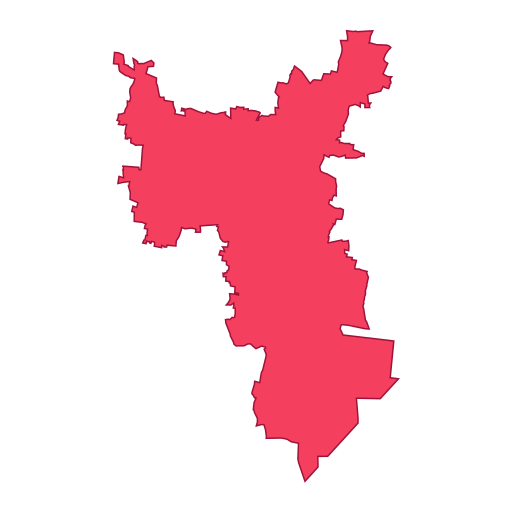 Valladolid, Yucatán, Mexico
{"feature_id": "50627088B16380638770573", "entity_name": "Valladolid", "entity_type": "district", "adm_level": 2, "iso_a3": "MEX", "parent_name": "Mexico", "parent_adm1": "Yucatán", "projection": "robinson", "projection_center": [-88.128, 20.615], "detail": "fine", "context": "isolated", "style": "filled", "palette": "rose", "viewbox_px": 512, "rotation_deg": 0, "n_neighbors": 0, "source": "geoboundaries", "source_scale": "gbopen_adm2", "svg_char_len": 6016}
<svg xmlns="http://www.w3.org/2000/svg" viewBox="0 0 512 512"><path d="M380.2,398.7L398.5,378.8L390.2,377.7L393.8,341.0L343.1,335.0L340.1,328.8L341.2,324.8L342.1,324.7L348.0,325.2L364.9,328.7L369.2,329.0L366.7,322.0L365.4,319.9L363.6,308.5L362.9,306.7L363.8,303.4L363.6,301.3L364.3,299.7L364.5,296.9L365.5,294.2L365.4,290.7L366.8,286.0L366.8,284.3L368.4,277.4L366.6,272.9L367.2,271.5L360.8,269.8L359.7,269.1L355.0,268.9L354.8,267.2L356.4,260.4L351.9,259.7L352.3,257.5L346.4,256.8L347.2,254.2L344.7,253.4L344.6,249.6L348.7,250.7L348.9,245.5L348.2,240.5L345.8,241.2L342.4,241.3L341.9,240.0L328.1,242.9L327.9,241.6L328.5,240.7L328.9,238.2L328.4,237.9L329.0,236.9L328.3,236.7L328.6,234.9L329.9,232.0L329.4,231.3L331.3,228.9L333.1,225.7L333.7,224.6L333.4,224.0L334.8,224.5L336.3,219.1L341.7,219.3L343.0,214.6L343.4,209.8L340.1,208.2L338.4,208.6L334.7,207.9L328.6,203.8L329.7,199.8L331.9,200.5L332.4,198.0L333.9,195.2L336.3,195.9L336.1,189.3L336.6,186.1L335.6,181.4L335.6,178.8L327.3,174.0L323.8,172.9L320.6,171.2L319.7,166.7L323.7,158.6L324.0,154.9L328.9,157.3L329.9,155.3L333.8,155.2L338.6,157.0L341.3,156.5L345.2,155.1L345.6,158.1L356.5,157.9L362.5,155.5L364.2,156.3L364.2,153.4L361.5,153.3L358.2,151.3L353.1,149.6L353.7,144.7L350.4,144.6L349.8,143.5L344.1,143.5L341.2,142.5L339.6,142.8L339.6,140.1L336.3,139.7L338.0,137.9L340.8,136.8L340.6,133.0L340.9,130.9L343.8,130.8L344.0,126.5L343.4,126.3L343.5,125.2L345.6,121.8L348.1,115.0L348.4,114.0L348.2,109.8L349.2,106.2L355.2,104.4L358.7,105.8L360.2,107.0L360.3,102.6L364.9,104.0L364.9,107.6L369.7,107.6L369.4,104.9L370.8,103.0L368.3,103.1L367.8,96.4L367.3,95.2L370.2,93.5L372.1,93.4L380.7,91.1L383.2,86.4L385.0,87.6L388.6,88.6L389.7,85.9L389.3,85.6L390.2,83.6L390.7,83.5L391.0,81.9L390.1,80.7L390.5,80.2L390.0,78.9L391.7,76.8L387.7,76.6L383.0,74.0L387.8,63.3L385.1,61.8L383.6,59.2L385.5,54.3L388.7,49.6L389.9,48.7L390.8,47.4L388.5,45.6L386.4,45.1L376.5,44.7L370.3,42.9L369.0,43.0L369.8,40.9L370.3,36.3L372.8,30.8L357.1,31.7L356.3,31.2L352.8,31.5L346.6,30.7L347.6,37.0L347.5,40.6L340.5,40.5L342.1,47.8L342.0,51.3L340.6,56.4L338.3,61.9L338.7,64.4L337.2,72.3L331.4,70.9L330.4,74.1L323.8,73.7L321.4,80.4L314.1,79.8L313.1,80.2L310.1,83.5L301.6,71.4L294.5,66.0L293.3,69.6L291.8,71.0L291.4,74.1L290.6,73.8L289.9,75.1L290.0,77.5L288.4,82.8L286.5,83.9L282.8,82.8L280.9,82.9L278.0,82.2L275.1,92.2L279.1,96.9L278.6,97.0L277.8,102.8L278.5,108.1L275.2,107.4L275.2,111.2L275.7,114.6L270.7,114.5L268.3,116.3L263.7,116.0L261.9,115.4L260.3,116.6L258.9,116.7L258.5,120.2L257.4,120.4L256.3,120.2L260.2,112.9L259.5,112.2L255.4,110.9L251.1,110.4L248.2,110.7L248.2,108.8L243.7,109.2L243.8,107.3L239.9,107.4L236.8,106.5L235.8,108.9L230.6,108.1L230.8,118.4L225.4,114.7L225.7,112.0L224.3,112.1L224.2,112.6L221.5,112.6L216.2,114.3L211.1,113.2L206.8,111.3L205.2,113.3L203.7,113.4L198.5,111.7L190.8,108.4L188.0,108.6L185.8,109.3L181.7,108.2L181.3,110.9L183.6,110.3L183.6,111.0L185.0,111.0L185.2,115.9L174.9,113.8L175.3,110.6L173.7,106.6L173.0,103.4L173.2,101.8L164.3,100.4L163.9,97.2L160.5,97.4L160.0,96.7L159.5,96.7L157.3,85.3L156.3,83.2L156.5,78.0L145.9,73.5L147.1,70.2L147.8,66.8L153.5,66.3L153.9,63.0L151.3,60.4L143.7,63.6L140.3,63.5L139.5,63.9L137.7,63.2L137.8,62.1L136.5,60.7L133.1,58.5L133.9,63.4L134.6,64.8L134.2,66.2L134.2,70.0L128.3,66.4L128.2,65.6L123.7,64.1L124.3,62.4L123.3,54.9L118.5,52.8L114.5,52.4L113.5,63.7L118.6,64.2L119.2,69.7L119.7,71.2L121.0,72.3L125.7,75.5L128.6,76.2L130.7,77.8L134.8,78.4L134.2,81.1L132.9,84.2L131.0,86.8L130.0,88.8L129.7,91.9L130.7,97.9L129.6,101.6L127.3,101.0L127.4,105.7L125.1,109.9L124.5,112.9L121.2,114.0L118.5,114.3L118.2,117.4L117.0,120.3L119.7,121.3L118.4,124.4L123.5,125.2L123.8,124.4L126.6,124.6L125.5,128.9L125.0,133.8L125.9,133.9L125.3,138.7L127.7,139.0L127.7,137.9L130.9,138.2L130.8,142.8L133.6,143.9L135.5,145.3L138.5,145.0L143.2,145.2L142.5,148.3L140.9,169.7L139.2,169.7L138.8,167.3L122.9,166.1L122.8,166.4L123.6,166.8L122.9,170.1L123.4,170.1L123.1,172.5L123.6,177.8L119.0,176.4L117.9,183.5L123.8,182.2L129.7,181.6L128.8,186.1L128.5,186.0L130.3,192.9L130.0,199.3L137.9,202.7L136.7,207.4L133.0,206.1L131.7,211.5L134.3,212.2L134.2,221.4L142.0,222.3L145.9,223.8L146.1,223.9L145.2,225.2L144.4,228.5L147.5,229.1L147.0,233.7L147.4,235.4L145.9,235.4L144.9,239.9L143.9,240.1L142.7,243.0L146.0,243.7L146.8,241.0L148.1,241.8L149.7,241.6L149.7,242.9L150.8,243.4L151.7,241.4L154.4,242.2L154.7,243.4L154.2,246.2L161.7,247.7L161.7,245.4L164.0,246.3L164.0,246.9L165.1,247.1L166.7,247.0L167.0,245.2L175.9,246.0L176.3,240.7L178.6,237.3L179.8,234.5L181.2,230.1L181.6,227.5L185.1,228.8L191.1,228.1L193.6,228.5L196.0,229.2L195.5,232.2L200.4,232.2L200.6,230.1L200.1,225.9L217.6,224.7L216.7,226.5L218.5,227.0L217.4,230.4L218.7,231.8L220.3,238.2L222.8,241.4L225.3,242.2L227.8,241.5L228.5,241.7L227.6,247.0L222.5,246.9L223.2,247.7L224.7,251.6L220.3,250.5L219.0,254.9L222.8,255.8L222.0,260.5L226.5,261.3L226.4,264.7L229.1,266.3L228.5,270.3L227.8,270.3L227.0,271.1L226.7,272.7L224.8,272.9L224.6,273.7L223.0,273.2L223.3,276.7L226.1,276.7L225.7,281.1L229.4,281.5L229.2,282.8L230.3,283.2L230.4,285.8L235.1,286.9L234.7,292.9L238.5,293.4L238.5,295.1L234.7,294.2L229.6,293.7L230.1,298.2L229.8,300.0L228.0,303.0L226.3,304.9L230.9,305.0L233.7,303.1L233.8,305.4L233.3,308.0L235.2,308.2L235.2,313.7L234.6,317.2L233.8,317.6L232.1,317.4L229.9,319.6L228.5,319.2L225.5,319.6L225.9,323.2L230.2,334.1L230.4,336.0L233.6,342.4L234.0,344.2L236.0,345.9L244.1,345.8L247.9,343.9L250.5,343.9L255.9,348.7L261.6,346.1L265.3,347.1L265.6,348.2L264.1,349.2L265.9,353.4L266.2,355.8L262.7,370.1L261.4,372.6L259.7,382.6L254.7,381.3L254.4,384.4L252.0,392.3L252.0,393.9L253.5,395.6L254.5,397.8L255.9,397.7L256.1,398.0L254.1,402.5L253.3,409.5L253.7,409.5L254.6,412.7L257.4,418.4L257.4,422.0L256.3,425.9L261.4,424.6L263.9,424.6L265.5,429.7L266.4,436.6L266.2,438.3L280.7,438.0L284.0,438.5L287.3,439.3L291.0,441.7L298.5,443.3L297.9,458.9L298.7,462.9L305.0,481.3L318.0,467.0L317.8,456.4L327.7,456.3L358.0,423.1L358.0,417.9L356.4,398.2L380.2,398.7Z" fill="#f43f5e" stroke="#9f1239" stroke-width="1.5"/></svg>